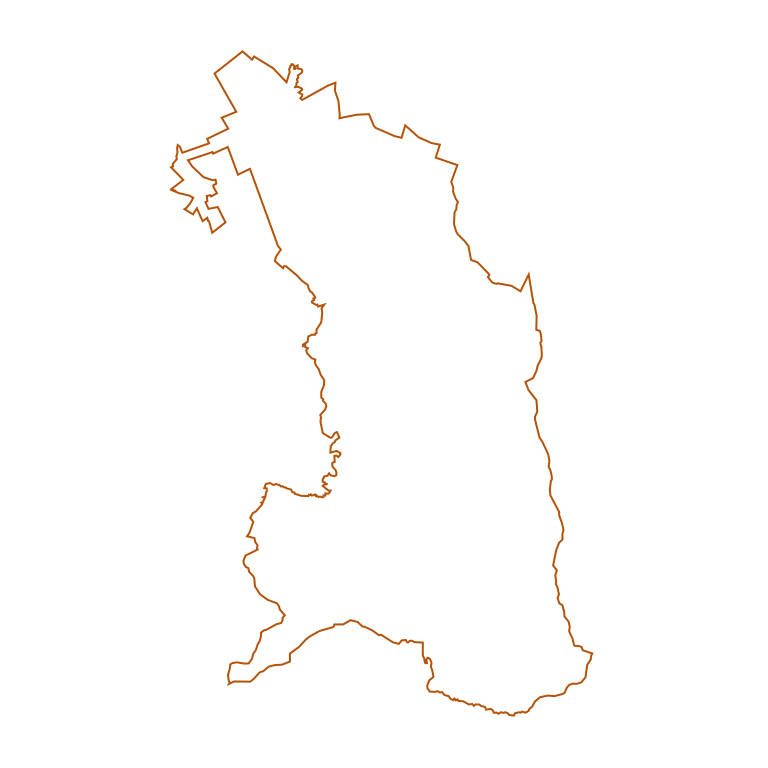 Sanzieni, Covasna, Romania (orthographic projection), rotated 185°
{"feature_id": "2599482B84054601093949", "entity_name": "Sanzieni", "entity_type": "district", "adm_level": 2, "iso_a3": "ROU", "parent_name": "Romania", "parent_adm1": "Covasna", "projection": "orthographic", "projection_center": [26.129, 46.084], "detail": "fine", "context": "isolated", "style": "outline", "palette": "amber", "viewbox_px": 768, "rotation_deg": 185, "n_neighbors": 0, "source": "geoboundaries", "source_scale": "gbopen_adm2", "svg_char_len": 6093}
<svg xmlns="http://www.w3.org/2000/svg" viewBox="0 0 768 768"><g transform="rotate(185 384 384)"><path d="M611.3,558.3L605.0,556.3L594.5,554.7L590.2,552.9L592.9,546.9L596.3,542.1L598.0,540.8L589.1,536.4L585.7,542.7L578.9,530.4L574.5,534.2L573.5,531.2L572.5,530.9L568.3,519.7L556.0,531.2L565.1,545.8L574.1,543.2L577.7,549.6L575.9,550.7L576.9,555.9L573.4,557.0L572.6,555.8L567.0,559.5L570.9,565.1L571.4,567.1L568.5,569.0L569.6,572.8L572.4,572.1L581.8,574.3L593.9,583.9L598.8,589.8L575.0,600.1L574.3,598.6L560.3,606.5L547.7,579.8L536.3,586.7L501.7,512.4L498.5,508.9L502.5,501.8L503.5,497.1L494.7,490.5L494.0,492.6L491.8,492.7L480.1,484.5L474.8,479.7L468.5,476.0L467.4,472.6L465.6,469.8L463.9,469.1L460.4,464.9L460.1,463.9L461.8,463.1L461.0,461.6L463.1,460.1L462.6,458.7L458.2,456.8L457.4,457.3L456.4,455.4L450.5,457.9L452.8,454.0L451.7,449.5L451.9,440.0L456.0,432.2L455.6,428.9L456.9,428.3L457.1,427.0L460.3,426.8L463.5,424.7L463.8,419.3L468.1,416.2L468.0,414.7L465.8,415.6L465.6,413.8L463.0,413.1L464.5,410.7L463.3,407.9L458.3,403.4L454.6,402.4L454.7,399.4L453.5,396.7L450.4,393.2L447.9,387.7L443.9,382.6L443.7,377.7L445.8,370.5L445.3,365.0L443.2,363.5L443.4,362.0L440.4,359.4L439.5,357.1L440.4,353.5L444.8,347.6L443.5,344.4L444.1,343.5L443.8,340.0L440.7,329.8L432.6,325.7L431.1,326.4L428.6,331.0L426.7,332.0L423.8,326.7L427.7,323.4L428.0,321.8L429.7,320.6L431.6,317.2L431.5,311.0L425.3,313.2L421.3,311.3L421.3,310.0L423.1,307.2L425.2,308.5L427.2,308.0L426.3,302.0L428.2,301.3L428.8,299.9L427.9,297.0L424.5,293.7L423.6,291.2L423.7,288.8L425.5,287.9L428.8,288.2L430.9,290.2L432.3,287.7L435.9,286.5L435.8,285.3L436.7,284.1L436.6,281.4L434.5,280.8L433.7,279.7L431.5,279.4L435.0,278.5L436.2,277.1L429.9,273.0L428.0,273.2L429.0,270.6L430.1,269.8L432.9,269.9L432.6,267.8L434.6,267.7L434.4,266.2L435.7,265.7L437.9,266.3L439.4,265.7L440.8,266.6L441.7,266.1L442.2,266.7L441.9,267.5L443.0,268.0L446.0,266.5L447.3,267.7L448.3,266.7L449.3,267.0L449.6,265.7L456.8,265.4L463.2,266.8L463.8,268.2L465.7,268.1L467.5,270.8L472.1,271.6L473.1,272.5L474.9,272.3L476.0,273.3L477.7,272.9L479.2,274.2L482.8,274.9L485.1,273.8L489.0,275.4L493.0,274.1L494.2,269.9L491.7,269.8L491.4,266.8L492.2,265.3L492.3,261.6L494.5,260.7L492.8,260.1L494.2,256.3L495.8,255.1L494.6,254.6L495.0,253.3L500.6,245.8L503.4,244.0L505.6,239.1L502.2,235.3L505.0,224.2L507.2,220.4L499.6,219.2L498.5,215.3L496.0,212.4L496.2,209.0L495.5,208.1L507.0,201.0L508.6,195.7L507.9,192.6L505.6,189.6L503.1,188.8L502.1,185.3L497.4,181.1L496.3,179.2L494.9,171.1L489.1,163.7L481.2,158.9L471.3,156.1L469.2,153.3L468.0,150.1L462.6,144.9L464.7,142.4L464.4,139.9L465.5,137.0L470.0,135.4L479.9,128.8L481.9,128.3L484.8,125.7L484.6,121.7L485.5,116.9L487.1,113.9L488.5,107.8L490.8,103.7L491.5,98.9L494.4,93.9L498.2,93.3L506.5,93.9L510.6,92.8L512.6,91.4L512.9,86.3L514.1,80.5L512.9,75.3L511.7,72.9L512.2,71.7L507.4,74.6L491.4,75.8L488.2,78.7L482.7,85.9L479.1,87.5L474.4,92.3L468.5,94.4L460.9,95.6L453.5,99.3L454.2,107.3L446.1,114.3L439.5,122.7L435.7,126.2L426.8,132.3L413.2,137.5L412.5,140.1L403.6,141.0L396.8,145.8L389.6,144.7L384.3,140.5L382.1,140.5L374.1,137.5L367.5,133.5L364.8,133.8L352.5,127.4L346.5,126.4L344.1,130.1L339.9,130.9L338.9,129.1L337.7,128.6L335.9,130.4L334.0,130.7L331.2,129.5L322.8,129.8L321.7,117.1L319.9,113.8L319.1,110.4L318.5,109.5L316.8,109.7L317.8,113.4L316.6,115.1L314.3,114.2L312.4,110.4L312.6,106.3L310.9,102.7L309.2,96.5L313.2,92.6L314.7,87.2L314.1,84.5L311.5,81.6L305.8,81.8L304.2,82.7L301.3,81.5L299.4,82.2L296.6,79.4L292.3,78.7L290.8,76.6L287.6,75.0L286.4,76.8L284.9,75.1L283.3,76.2L282.3,74.7L277.6,74.9L271.5,72.2L268.1,72.9L266.4,71.2L264.9,72.8L261.2,73.0L259.0,71.6L255.3,71.2L253.9,68.5L249.3,69.6L247.4,68.7L245.8,66.0L243.6,66.5L241.1,65.5L239.1,67.2L236.4,66.8L234.5,67.6L231.6,66.6L230.5,65.2L225.9,65.0L225.4,65.3L225.0,67.3L221.2,68.7L219.1,68.5L218.0,69.8L214.4,68.9L211.5,71.0L210.8,73.1L208.3,75.4L205.9,80.9L201.4,85.5L193.7,87.9L187.1,87.9L178.7,90.9L177.0,92.5L175.5,97.2L173.5,100.2L170.3,101.8L165.6,102.2L161.5,103.9L157.7,109.4L157.1,121.9L154.2,127.2L153.8,131.9L153.0,133.7L162.9,136.1L164.3,139.3L167.7,140.1L170.8,139.7L172.0,140.5L174.0,146.8L178.0,153.8L177.8,158.4L179.3,163.3L183.9,168.1L185.0,174.5L185.7,174.9L186.5,178.2L187.3,179.4L190.2,180.7L192.4,185.8L191.4,189.8L193.5,196.7L195.4,199.7L195.2,202.2L196.7,208.3L195.6,213.5L199.7,217.9L198.0,233.2L195.7,241.2L192.6,244.7L193.2,249.9L192.5,254.2L194.6,261.0L198.0,268.3L198.3,271.7L208.5,287.5L209.6,293.5L209.3,301.9L208.5,303.4L208.7,306.1L210.4,311.8L212.8,316.1L212.5,321.6L214.2,328.1L221.3,340.4L224.3,343.9L230.2,361.0L230.8,364.3L228.9,369.8L230.7,381.1L239.5,390.6L243.3,398.3L236.0,402.9L233.3,410.3L232.5,415.7L229.6,423.0L229.2,425.9L230.5,434.8L231.9,438.4L230.8,440.6L232.1,447.3L233.3,450.4L237.0,451.3L237.9,465.4L241.1,476.3L242.2,477.6L249.4,505.7L256.1,488.3L265.5,492.9L279.7,494.2L280.7,493.5L284.9,494.5L289.8,499.4L288.6,502.0L289.3,502.9L301.3,513.3L308.1,515.2L311.8,528.7L316.1,533.4L323.5,539.5L325.4,542.2L328.2,549.3L328.7,561.2L327.1,564.5L327.3,568.2L326.2,571.8L328.7,574.8L331.9,581.4L332.1,585.8L334.6,591.2L330.0,608.5L352.2,614.0L349.2,627.3L357.4,628.1L370.9,632.7L385.4,643.5L388.0,630.8L395.2,631.9L414.6,638.4L416.6,640.2L422.5,651.5L434.6,649.9L451.6,644.9L451.6,648.6L454.1,662.1L458.5,672.0L458.6,679.9L465.5,676.6L490.2,659.9L492.2,661.2L490.7,663.6L490.6,665.3L494.4,666.9L491.1,670.1L491.7,671.2L494.9,672.4L497.7,672.4L499.3,671.3L497.3,673.4L497.4,676.4L496.3,677.3L497.4,680.2L496.1,681.6L496.7,683.9L493.3,686.7L492.6,688.5L493.3,690.2L497.6,690.9L497.8,693.9L500.5,692.2L500.7,691.4L499.8,690.5L500.3,689.9L501.1,690.2L501.1,692.7L501.9,693.9L503.0,694.7L504.2,694.2L504.0,693.4L505.1,692.5L505.0,691.4L506.0,689.4L505.1,686.6L507.4,676.1L522.1,689.0L542.0,698.9L543.7,695.6L553.9,703.0L579.9,678.5L554.9,642.3L568.9,635.1L561.4,624.8L581.5,612.8L579.2,608.5L605.1,596.8L607.9,602.4L610.3,604.1L610.7,601.2L609.9,596.5L610.7,592.8L610.0,589.9L613.3,585.4L613.6,584.1L613.0,582.4L615.0,581.3L601.7,569.8L612.8,559.6L610.1,558.7L611.3,558.3Z" fill="none" stroke="#b45309" stroke-width="2"/></g></svg>